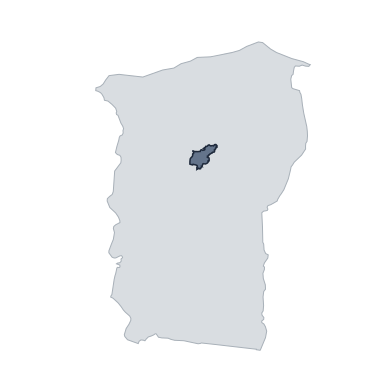 Sekyere Central, Ashanti, Ghana (highlighted), rotated 187°
{"feature_id": "2480657B47319682331963", "entity_name": "Sekyere Central", "entity_type": "district", "adm_level": 2, "iso_a3": "GHA", "parent_name": "Ghana", "parent_adm1": "Ashanti", "projection": "orthographic", "projection_center": [-1.176, 7.217], "detail": "fine", "context": "in_parent", "style": "filled", "palette": "slate", "viewbox_px": 384, "rotation_deg": 187, "n_neighbors": 0, "source": "geoboundaries", "source_scale": "gbopen_adm2", "svg_char_len": 6881}
<svg xmlns="http://www.w3.org/2000/svg" viewBox="0 0 384 384"><g transform="rotate(187 192 192)"><path d="M238.0,37.5L241.1,40.4L241.8,42.1L240.7,48.5L238.5,52.9L237.1,57.1L237.3,59.2L238.7,61.3L243.4,64.5L245.8,66.6L248.6,69.8L251.9,73.0L257.5,77.0L259.9,77.8L259.8,78.9L259.0,80.5L258.6,95.8L258.2,99.7L257.8,101.7L257.3,107.4L256.7,108.2L255.6,108.1L254.6,108.4L254.4,109.5L254.8,110.7L258.2,111.5L257.4,112.3L254.9,113.1L253.8,114.8L254.3,116.8L252.9,118.4L253.3,119.4L254.2,120.2L255.6,119.9L259.6,117.3L261.2,117.0L263.3,117.5L267.1,121.5L267.3,123.5L265.7,130.2L264.3,135.4L264.0,142.3L265.6,146.2L265.4,148.3L263.7,150.2L259.8,152.9L260.1,154.7L261.9,158.1L265.2,161.9L271.7,166.6L275.1,172.7L275.2,175.1L273.2,177.6L270.9,179.8L270.2,182.9L271.3,203.4L266.2,212.3L266.2,214.9L266.7,217.8L268.1,219.6L270.7,220.1L272.8,221.8L272.1,228.0L271.0,234.4L270.8,237.5L270.2,238.9L268.2,240.1L267.5,242.1L268.0,244.6L267.6,246.5L268.7,248.8L271.0,251.8L274.8,259.1L276.3,259.7L276.9,261.2L276.5,262.7L278.0,265.9L282.1,269.2L286.5,272.0L290.1,272.4L290.9,274.9L293.3,278.1L295.0,279.5L297.6,280.5L299.9,280.9L300.0,283.7L296.0,285.5L293.3,288.4L291.3,292.7L288.5,297.4L278.7,299.9L274.9,299.9L254.8,300.1L236.0,309.5L225.1,312.8L218.5,318.0L209.5,321.7L203.2,326.2L190.2,328.4L168.8,335.5L162.2,338.3L155.4,343.2L144.4,349.0L140.1,348.9L131.5,343.5L125.0,340.7L109.2,336.6L97.4,334.9L91.7,333.1L90.1,332.8L91.4,330.9L94.7,330.8L98.2,331.4L100.8,329.9L104.7,329.7L105.7,328.2L106.0,324.3L106.0,321.1L107.3,319.7L107.7,316.0L105.8,307.8L104.5,306.9L97.6,305.7L97.1,304.0L95.8,302.3L94.5,298.1L93.0,291.8L90.7,283.9L86.1,271.0L85.0,266.5L84.2,261.8L84.0,256.3L85.0,254.2L84.9,251.4L84.5,248.5L87.7,242.0L94.2,234.0L95.5,231.1L96.7,229.1L96.9,226.2L98.0,216.8L101.1,205.5L103.1,201.3L104.4,199.0L106.0,195.2L106.4,193.4L112.3,189.0L114.9,187.8L115.6,186.1L114.6,184.2L115.0,182.9L116.5,182.3L118.6,181.7L120.2,179.9L117.8,166.0L115.8,152.1L115.7,150.9L114.5,149.0L113.4,143.2L111.4,139.9L108.7,138.9L108.7,135.7L111.5,130.4L112.2,127.2L110.9,126.3L110.7,123.9L111.7,119.9L111.2,117.5L110.7,114.9L107.9,108.8L107.2,104.5L108.7,102.0L108.7,96.5L107.1,88.0L106.9,82.6L108.0,80.4L107.5,78.3L105.4,76.2L105.3,74.3L107.1,72.4L106.8,70.9L104.6,69.8L102.7,67.2L100.9,63.0L101.3,56.4L104.7,44.2L105.1,43.2L108.9,43.3L108.9,43.8L120.6,43.7L133.9,43.6L149.9,43.5L164.4,43.3L165.0,42.8L167.4,42.1L182.0,43.4L191.2,42.7L195.1,43.2L197.9,44.0L204.2,43.5L207.6,43.8L210.2,46.8L211.2,46.8L212.6,45.5L215.1,44.0L217.7,42.8L219.5,40.5L220.6,38.6L222.3,39.0L224.7,38.9L226.3,37.4L226.9,35.0L238.0,37.5Z" fill="#d9dde1" stroke="#a8b0b8" stroke-width="1"/><path d="M184.0,238.9L184.1,237.7L184.4,237.8L184.7,237.7L184.9,237.5L185.0,237.5L185.1,237.3L185.3,237.2L185.5,237.0L185.4,236.9L185.5,236.8L185.7,236.7L185.4,236.6L185.2,236.6L185.1,236.3L184.8,236.1L184.7,236.0L184.5,235.8L184.4,235.7L184.5,235.5L184.7,235.3L184.8,235.2L185.0,235.1L185.3,235.1L185.6,234.9L185.7,235.0L185.8,235.0L186.1,235.0L186.3,234.9L186.6,234.7L186.7,234.8L186.9,234.8L187.1,235.0L187.6,235.0L187.8,235.1L188.1,235.0L188.1,234.9L188.2,234.7L188.4,234.5L188.5,234.4L188.6,234.2L188.7,233.9L189.0,233.5L188.9,233.3L189.0,233.3L189.4,233.2L189.7,233.1L189.9,233.0L190.3,233.0L190.5,232.9L190.8,232.9L191.2,232.8L191.4,232.7L191.7,232.7L192.1,232.8L192.2,232.7L192.5,232.6L193.4,232.6L193.6,232.6L193.8,232.4L194.1,232.5L194.4,232.6L194.6,232.6L194.8,232.5L195.0,232.4L195.2,232.6L195.3,232.7L195.5,232.9L195.8,232.8L196.2,232.8L196.2,232.7L196.0,232.4L195.9,232.4L195.8,232.2L195.3,231.8L195.2,231.6L195.1,231.4L195.2,230.8L195.1,230.6L195.2,230.4L195.3,230.4L195.7,230.2L195.8,230.1L196.0,229.8L196.0,229.6L195.9,229.5L195.9,229.4L195.8,229.1L195.9,228.7L195.8,228.3L195.8,228.2L196.0,227.6L196.0,227.3L196.1,227.2L196.4,226.9L196.6,226.7L196.7,226.3L196.8,226.2L197.1,226.1L197.2,225.9L197.4,225.4L197.5,225.3L197.6,225.2L197.8,224.7L197.8,222.2L197.5,219.4L196.6,219.2L195.8,219.1L195.1,218.9L195.0,219.1L194.8,219.1L194.7,219.3L194.4,219.4L194.4,219.5L194.0,219.5L193.9,219.6L193.6,219.4L193.5,219.5L193.2,219.5L192.8,219.4L192.6,219.4L192.4,219.4L192.2,219.5L191.9,219.4L191.5,219.3L191.1,219.2L190.9,219.0L190.6,219.1L190.2,218.9L190.0,218.7L189.9,218.6L189.8,218.3L189.9,218.2L189.9,217.9L189.9,217.6L189.9,217.4L190.0,217.4L190.1,217.2L190.2,216.8L190.1,216.7L190.0,216.3L190.0,216.2L190.0,215.9L189.9,215.6L190.0,215.5L189.9,215.3L189.9,215.2L189.8,215.3L189.7,215.3L189.4,215.3L189.2,215.4L189.2,215.5L188.9,215.8L188.6,216.0L188.5,216.3L188.2,216.5L188.1,216.4L187.9,216.3L187.8,216.1L187.6,216.1L187.4,216.0L187.3,215.9L187.2,215.9L187.2,216.0L186.9,216.2L186.7,216.2L186.3,216.2L186.2,216.3L186.2,216.6L186.3,216.7L186.2,216.8L186.1,217.3L186.0,217.6L185.9,217.6L185.7,217.8L185.6,218.0L185.4,218.0L185.3,218.3L185.3,218.5L185.2,218.5L185.3,218.6L185.2,218.6L185.3,218.6L185.3,218.8L185.2,219.1L185.0,219.4L184.9,219.6L184.9,220.1L184.9,220.3L184.8,220.6L184.8,220.8L184.6,221.3L184.4,221.4L184.1,221.5L184.0,221.4L183.9,221.3L183.5,221.4L183.4,221.4L183.2,221.5L182.8,221.5L182.7,221.5L181.9,221.5L181.5,221.8L181.2,222.0L180.3,222.6L180.0,223.0L179.9,223.2L179.7,223.6L179.8,223.6L179.7,223.9L179.8,224.1L179.7,224.3L179.5,224.5L179.9,224.8L179.8,225.0L179.6,225.2L179.1,225.2L178.8,225.2L178.8,225.4L178.9,225.6L178.9,226.4L178.9,226.5L179.0,226.8L179.0,227.0L179.1,227.3L179.2,227.5L179.2,227.8L179.3,227.9L179.5,228.0L179.8,228.3L180.0,228.3L180.0,228.2L180.5,228.1L180.8,228.3L181.1,228.4L181.1,228.5L181.0,228.8L180.9,228.9L180.8,229.0L180.9,229.3L180.7,229.3L180.6,229.5L180.4,229.6L180.3,230.0L180.2,230.3L180.1,230.5L180.0,230.4L179.9,230.4L179.9,230.5L179.7,230.7L179.4,230.9L179.3,231.1L179.2,231.3L179.1,231.5L179.0,231.8L178.9,231.9L178.7,232.0L178.4,232.0L178.2,232.2L178.2,232.3L177.6,232.7L177.4,233.0L177.2,233.1L176.7,233.2L176.7,233.4L176.7,233.7L176.5,233.8L176.4,233.8L176.2,233.9L176.2,234.0L175.7,234.1L175.4,234.2L175.3,234.3L175.2,234.3L174.9,234.4L174.8,234.5L174.7,234.5L174.6,234.8L174.6,235.0L174.5,235.5L174.5,235.9L174.6,236.1L175.0,236.3L175.0,236.5L174.4,237.0L174.2,237.1L173.8,237.7L174.0,238.2L173.8,238.3L173.7,238.5L173.5,238.8L173.5,239.0L173.7,239.5L173.3,239.9L172.9,239.3L172.6,239.6L172.7,239.9L172.7,240.1L172.8,240.5L172.8,240.8L173.1,240.8L173.2,241.0L173.3,241.2L173.3,241.4L173.6,241.7L173.9,241.7L174.1,241.7L174.1,241.8L174.3,241.9L174.3,242.0L174.6,242.0L174.6,241.7L174.9,241.5L175.5,241.6L175.8,241.2L176.0,240.9L176.0,240.7L176.2,240.4L176.4,240.5L176.7,240.6L176.8,240.6L177.1,240.6L177.3,240.5L177.6,240.5L177.8,240.4L178.0,240.3L178.4,240.3L178.6,240.3L178.7,240.1L179.0,240.0L179.4,240.1L179.6,240.3L180.0,240.4L180.2,240.5L180.5,240.5L180.7,240.8L180.8,240.9L181.1,240.7L181.5,240.5L181.6,240.3L181.8,240.3L181.9,240.2L182.2,239.7L182.5,239.5L182.6,239.3L182.6,239.2L183.5,238.9L184.0,238.9Z" fill="#64748b" stroke="#1e293b" stroke-width="1.5"/></g></svg>